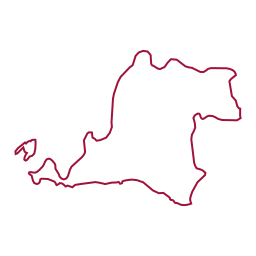 Banten, Mercator projection
{"feature_id": "IDN-1226", "entity_name": "Banten", "entity_type": "Province", "adm_level": 1, "iso_a3": "IDN", "parent_name": "Indonesia", "parent_adm1": "", "projection": "mercator", "projection_center": [105.895, -6.442], "detail": "fine", "context": "isolated", "style": "outline", "palette": "rose", "viewbox_px": 256, "rotation_deg": 0, "n_neighbors": 0, "source": "natural_earth", "source_scale": "10m", "svg_char_len": 2587}
<svg xmlns="http://www.w3.org/2000/svg" viewBox="0 0 256 256"><path d="M191.2,203.6L190.8,203.8L187.7,204.7L184.4,205.1L181.4,204.9L179.6,204.2L178.4,203.6L177.3,203.1L175.4,202.9L174.7,202.5L173.3,200.5L172.5,200.1L170.7,199.8L170.1,199.2L170.0,198.3L169.3,197.3L168.4,196.6L163.4,192.9L158.9,193.2L153.0,190.5L143.2,182.3L137.1,180.2L133.0,179.7L130.4,179.7L127.7,180.1L124.9,180.5L122.5,181.3L122.0,183.2L120.1,183.8L118.7,182.0L116.1,182.5L111.8,182.6L107.6,183.5L105.2,184.1L102.5,183.4L98.1,182.5L95.3,182.1L80.8,184.0L75.1,184.9L72.4,187.2L67.4,185.6L65.7,186.5L63.6,184.6L62.2,183.5L59.7,183.1L59.2,183.6L58.0,184.5L56.7,185.1L56.1,184.5L55.8,183.5L55.2,182.5L54.4,181.6L53.7,181.3L47.9,179.0L41.7,178.7L40.4,179.2L39.8,181.8L39.1,182.9L38.0,183.7L36.8,184.0L34.3,183.1L33.0,180.7L31.6,175.6L29.6,174.3L28.9,173.4L29.3,172.3L30.3,172.1L34.9,172.7L36.8,172.0L39.2,170.1L42.9,166.2L44.2,163.8L45.2,161.4L46.6,159.4L49.0,158.6L50.7,159.3L52.5,160.9L54.1,162.8L55.1,164.3L55.4,166.0L55.4,167.4L55.5,168.8L58.8,174.2L59.5,176.4L61.3,178.4L63.7,179.4L66.3,178.5L68.0,176.0L70.0,169.6L71.5,166.7L82.3,156.8L84.3,154.1L85.1,151.9L83.9,140.4L87.3,133.5L89.0,132.3L91.9,132.5L92.5,137.5L94.8,138.8L96.5,140.7L100.3,140.1L106.2,137.6L109.8,132.8L111.9,127.0L111.5,122.4L113.0,98.6L114.0,93.6L117.8,82.3L120.6,76.9L130.1,67.0L131.4,66.2L132.8,64.9L135.6,55.9L138.7,52.5L143.1,50.9L147.6,51.5L150.6,55.0L151.2,63.8L152.1,65.3L153.5,65.9L157.7,68.5L160.0,69.1L164.6,67.0L167.6,62.7L171.0,59.2L176.8,59.7L185.3,66.3L188.5,67.3L191.9,67.8L200.2,71.9L203.6,72.0L205.9,70.6L208.0,68.9L211.0,68.1L226.5,68.3L229.6,68.9L232.4,70.0L234.4,71.5L235.6,73.7L235.8,75.3L235.3,75.6L230.9,79.1L229.4,81.2L231.9,96.1L235.8,100.6L237.3,106.3L238.9,108.3L240.2,108.6L240.1,115.9L240.6,118.1L236.9,120.3L222.2,120.0L218.1,118.9L215.3,117.2L212.5,116.0L208.6,115.8L206.4,116.8L204.6,118.2L202.8,119.0L201.5,118.4L200.5,116.6L200.0,114.8L199.1,113.7L197.8,113.6L196.6,114.2L194.8,115.4L193.4,118.1L194.2,120.5L194.9,123.9L195.2,127.6L193.9,131.0L191.9,134.8L191.3,139.3L194.2,163.0L195.4,166.3L196.6,168.3L201.0,169.6L202.8,170.5L205.4,172.8L205.1,175.0L197.5,182.2L192.3,191.6L191.0,195.3L190.2,198.3L190.2,200.2L190.6,201.7L191.2,203.6ZM35.4,139.8L35.6,143.3L35.3,148.7L34.3,153.6L32.1,155.8L29.7,156.5L27.1,159.8L25.5,160.6L24.3,159.6L24.6,157.3L25.7,154.8L26.9,152.9L25.2,152.2L24.3,150.8L23.3,147.4L17.3,153.4L15.7,154.0L15.4,151.4L18.1,148.0L25.0,142.5L26.0,143.5L27.2,142.2L28.7,141.3L30.1,141.0L30.7,141.2L31.2,140.3L32.4,139.9L33.9,139.7L35.4,139.8Z" fill="none" stroke="#9f1239" stroke-width="2"/></svg>